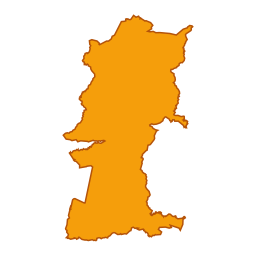 the district of Tafí Viejo, Tucumán, Argentina, rotated 90°
{"feature_id": "61730980B77291084066522", "entity_name": "Tafí Viejo", "entity_type": "district", "adm_level": 2, "iso_a3": "ARG", "parent_name": "Argentina", "parent_adm1": "Tucumán", "projection": "natural_earth1", "projection_center": [-65.4, -26.653], "detail": "fine", "context": "isolated", "style": "filled", "palette": "amber", "viewbox_px": 256, "rotation_deg": 90, "n_neighbors": 0, "source": "geoboundaries", "source_scale": "gbopen_adm2", "svg_char_len": 5859}
<svg xmlns="http://www.w3.org/2000/svg" viewBox="0 0 256 256"><g transform="rotate(90 128 128)"><path d="M227.5,84.6L225.2,85.8L228.1,77.0L230.3,75.7L224.4,73.2L219.4,73.0L217.8,70.7L216.6,71.4L216.6,72.0L218.2,73.5L218.8,78.1L217.3,80.5L216.4,80.0L215.9,80.4L216.5,82.5L216.3,83.5L214.3,85.6L214.0,87.1L216.1,89.7L216.4,90.4L216.0,90.6L216.2,92.3L216.6,92.4L215.9,92.8L215.8,93.7L213.9,94.6L213.7,95.6L212.6,94.8L211.9,95.9L212.0,97.0L212.7,96.7L213.0,97.7L212.7,98.1L212.9,99.4L212.4,99.5L212.9,100.0L212.6,100.1L212.2,100.5L213.9,101.1L213.5,101.9L214.2,101.9L214.5,102.8L214.1,102.9L215.0,103.6L214.5,104.0L215.4,104.3L214.7,105.4L213.5,105.8L212.5,104.1L212.6,104.5L210.6,103.8L209.2,106.0L208.0,106.3L207.9,107.2L206.1,107.9L205.2,108.9L202.8,108.9L201.8,109.6L199.1,108.2L197.2,108.2L196.5,106.9L194.9,105.9L191.5,106.9L188.8,109.3L187.0,110.4L185.1,110.3L183.3,109.3L182.1,109.7L180.4,109.1L178.9,110.0L176.9,109.4L175.7,110.2L174.8,109.9L173.8,110.9L173.1,112.4L171.8,113.7L170.6,114.0L169.4,115.6L163.1,113.8L162.2,114.3L159.1,112.8L158.4,113.0L157.8,113.7L157.8,114.7L157.3,114.8L155.6,113.6L154.4,113.6L150.7,110.0L150.2,108.9L145.2,108.0L144.8,106.1L144.1,105.3L139.8,102.0L138.5,101.4L135.7,101.7L131.1,99.6L130.3,98.3L129.7,100.6L128.3,103.0L126.5,104.1L126.0,106.0L125.0,106.3L123.8,104.2L124.5,102.6L124.1,99.4L122.8,95.8L120.7,93.1L119.0,92.7L117.0,90.9L116.9,90.2L119.2,86.7L120.6,86.2L121.0,85.1L122.0,85.0L121.3,83.9L119.8,83.3L119.8,81.8L121.2,81.3L121.2,77.7L125.4,72.6L127.4,71.9L126.6,70.8L127.8,70.3L127.8,69.5L126.1,70.2L125.8,69.6L124.9,69.5L123.7,68.3L123.2,68.9L121.5,68.4L120.8,69.2L120.9,70.0L120.3,70.2L120.8,71.6L119.5,71.0L120.4,72.1L120.0,72.9L119.6,72.0L119.1,72.2L118.6,71.7L116.4,71.8L116.2,72.4L116.6,74.9L115.4,78.0L115.5,80.2L115.1,81.8L114.4,82.2L112.4,80.8L111.1,82.2L110.7,81.4L110.0,81.4L109.7,80.8L108.6,80.9L108.8,80.3L108.3,79.5L105.6,80.2L105.5,79.4L104.7,79.4L103.1,77.8L100.7,78.3L99.6,77.3L98.2,78.2L97.0,78.0L97.0,77.4L96.3,76.7L95.1,77.6L93.6,76.4L91.6,76.6L89.3,77.8L87.8,79.3L86.0,79.7L85.6,80.9L83.6,81.4L82.7,82.6L81.5,81.3L79.9,80.7L77.5,81.0L75.4,82.1L73.8,82.0L72.2,84.7L71.1,85.3L69.4,85.0L69.4,83.3L68.4,82.0L67.6,79.4L66.7,79.1L65.5,77.0L63.7,76.8L62.6,75.2L62.7,73.7L60.6,71.9L58.2,71.3L55.8,72.3L54.1,71.7L53.3,72.5L51.5,72.2L51.2,71.7L51.6,71.5L51.1,71.2L49.8,72.4L49.3,72.0L48.1,72.3L47.8,73.0L44.8,71.3L43.8,71.3L42.8,70.4L41.9,70.4L39.5,68.8L36.5,70.2L34.7,70.5L33.7,69.8L30.7,65.3L29.9,64.7L28.0,64.8L26.7,63.3L25.9,64.0L25.5,66.3L27.0,68.4L27.8,68.7L29.2,72.8L35.0,79.7L33.5,86.1L32.6,96.1L32.7,100.2L31.4,102.8L31.8,106.1L31.3,108.3L28.8,104.4L27.3,104.7L25.3,103.2L22.6,105.4L20.7,110.0L21.0,111.0L18.5,114.9L18.7,115.8L17.9,115.5L17.4,116.7L16.2,117.4L17.2,120.0L15.4,122.4L19.2,125.0L19.6,125.7L19.6,127.0L18.9,128.1L19.2,128.7L18.8,129.2L19.1,130.3L20.8,130.2L21.3,131.6L21.6,134.6L35.2,141.5L36.3,143.8L38.9,144.7L41.1,147.5L41.1,149.5L44.7,156.4L44.4,156.9L43.3,156.6L41.0,159.0L39.7,164.2L40.7,166.6L44.4,166.2L45.7,165.3L47.6,166.3L48.7,165.8L51.8,166.7L53.4,168.4L52.8,169.0L53.5,170.9L54.8,171.1L56.2,172.2L58.5,172.0L60.5,173.5L61.6,173.0L62.2,171.7L64.6,171.7L64.6,170.9L64.1,170.7L65.0,169.8L64.1,168.7L64.7,167.9L65.8,167.7L67.0,165.4L68.9,165.2L70.7,164.3L74.0,161.4L76.8,161.2L78.8,163.1L80.0,163.2L82.1,164.7L84.6,165.6L85.0,166.8L86.0,167.6L88.7,168.0L89.2,169.4L90.8,170.3L90.9,171.0L91.6,171.1L91.5,172.0L92.1,173.4L92.7,173.1L93.2,174.0L94.8,174.4L96.6,175.9L96.7,174.9L97.2,174.8L98.1,176.5L99.1,176.7L100.6,175.3L101.2,174.0L103.0,173.9L103.8,174.7L104.8,174.2L105.5,172.7L106.7,172.3L107.8,170.6L109.7,169.7L110.4,171.9L112.1,171.9L113.0,173.1L114.4,172.5L115.2,173.3L116.4,172.8L118.0,174.0L119.3,173.5L122.7,175.6L123.5,177.5L124.7,178.8L126.0,179.1L127.3,180.3L129.2,181.0L130.3,183.1L131.6,183.9L132.0,185.8L133.2,187.0L132.8,188.7L133.3,190.6L135.2,192.7L139.1,189.9L139.7,185.8L140.6,184.1L139.7,179.8L141.8,178.2L140.8,175.4L141.4,168.5L141.9,167.6L140.3,162.8L140.9,161.7L140.9,159.2L141.2,158.6L140.8,156.8L141.3,155.4L140.8,155.0L140.4,152.1L141.0,151.1L143.3,155.0L143.0,156.9L142.3,157.8L143.1,158.8L143.0,160.2L142.6,160.3L143.0,161.8L144.4,163.0L144.4,163.6L146.1,164.3L146.3,165.2L147.0,165.0L146.8,166.4L148.0,166.6L147.7,167.8L149.0,168.1L149.0,169.0L149.5,168.7L149.6,169.1L149.1,169.8L149.5,170.3L149.1,170.8L149.3,172.2L148.8,172.6L149.9,173.6L149.5,174.9L150.7,176.9L150.4,177.8L149.5,177.9L149.9,178.2L149.5,179.3L150.6,180.3L150.5,181.3L151.0,182.8L152.8,184.1L152.8,185.0L152.2,185.4L153.1,185.7L152.7,186.3L153.0,186.6L159.1,182.6L159.5,181.4L160.1,182.3L161.0,181.5L161.5,179.7L165.0,176.4L167.8,176.4L166.6,169.5L166.2,169.0L165.7,165.0L167.0,163.4L202.7,170.9L203.0,171.1L202.7,172.4L198.6,181.1L198.9,182.4L199.9,183.4L206.6,184.9L206.2,185.3L209.0,186.2L209.2,185.3L209.8,186.1L215.5,187.5L217.9,186.6L219.4,188.5L224.7,189.0L228.6,190.4L229.6,190.1L230.4,189.0L232.1,189.3L234.5,187.6L235.7,187.9L237.5,189.5L237.5,188.2L238.3,188.4L238.3,187.3L239.2,185.3L238.4,181.7L237.9,181.7L238.3,180.0L239.2,179.4L238.5,177.9L237.4,177.5L237.2,177.0L239.4,174.0L240.1,170.8L239.9,170.0L240.5,167.7L239.7,163.7L240.5,162.2L240.2,161.2L240.6,160.1L239.9,159.3L238.4,159.2L237.8,157.7L237.8,156.0L238.7,154.8L237.8,153.2L237.8,151.8L237.3,150.7L237.9,148.4L236.5,147.7L235.8,146.1L233.2,143.8L232.6,142.1L232.8,141.1L234.5,138.3L234.4,136.5L233.7,135.3L234.5,134.8L233.7,131.2L234.0,129.5L231.0,126.3L230.6,125.1L227.9,124.4L227.2,122.8L228.4,121.0L228.0,119.2L228.2,118.0L228.6,118.8L229.0,118.9L230.0,116.7L229.1,112.8L229.6,112.1L230.5,112.3L231.4,110.9L232.6,110.4L232.3,109.6L232.7,108.8L233.9,107.9L235.6,107.9L236.4,107.0L235.7,106.9L236.8,104.6L235.3,103.2L235.6,102.0L234.6,100.6L234.9,100.2L234.5,95.5L232.0,94.4L229.4,97.6L227.4,96.5L227.1,90.5L228.1,86.8L227.5,84.6Z" fill="#f59e0b" stroke="#b45309" stroke-width="1.5"/></g></svg>